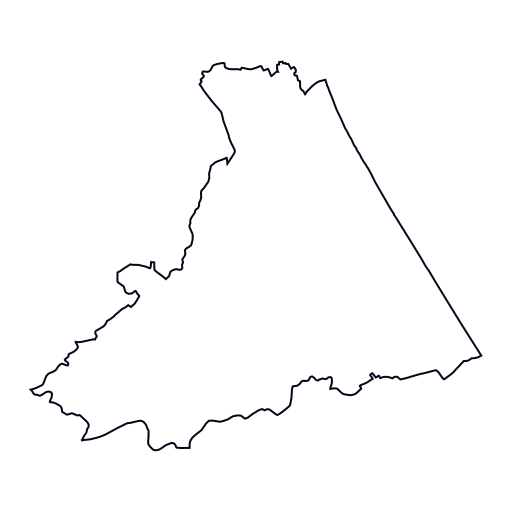 Thang Binh, Quàng Nam, Vietnam (Mercator projection)
{"feature_id": "81297802B72056692107631", "entity_name": "Thang Binh", "entity_type": "district", "adm_level": 2, "iso_a3": "VNM", "parent_name": "Vietnam", "parent_adm1": "Quàng Nam", "projection": "mercator", "projection_center": [108.347, 15.708], "detail": "fine", "context": "isolated", "style": "outline", "palette": "ink", "viewbox_px": 512, "rotation_deg": 0, "n_neighbors": 0, "source": "geoboundaries", "source_scale": "gbopen_adm2", "svg_char_len": 5926}
<svg xmlns="http://www.w3.org/2000/svg" viewBox="0 0 512 512"><path d="M199.6,84.4L201.1,86.3L204.2,91.2L211.5,100.7L220.7,111.4L221.6,113.1L223.6,121.5L228.6,135.1L229.3,138.4L231.2,143.0L234.4,149.3L234.8,150.4L234.9,151.5L234.1,153.6L227.4,163.7L226.7,157.8L226.4,157.8L225.2,158.5L216.7,161.7L215.0,162.6L210.7,166.2L210.6,168.0L209.1,173.4L209.3,177.6L208.5,181.2L207.9,182.3L203.8,188.2L201.4,190.8L201.1,191.8L201.0,193.3L201.2,197.6L200.2,200.8L199.2,202.5L199.1,204.9L198.6,207.0L197.8,208.4L195.8,209.6L195.2,210.7L194.7,212.7L190.8,218.6L190.2,221.5L190.4,223.2L189.4,225.6L189.5,226.8L190.3,229.1L192.1,232.9L192.7,234.7L192.6,239.8L191.4,244.5L190.8,245.5L188.8,247.0L186.5,248.3L185.3,249.6L185.0,250.2L185.3,254.0L185.1,255.0L184.4,256.4L182.5,259.0L182.4,259.8L183.0,262.6L182.0,264.9L182.3,267.2L182.2,268.3L181.9,268.8L180.9,269.6L179.1,269.8L176.7,269.2L175.8,269.2L172.9,270.1L171.5,270.9L170.6,271.6L170.1,272.6L169.4,275.2L168.9,276.3L165.8,279.1L163.1,276.7L156.5,271.8L155.1,270.6L154.4,269.5L154.2,262.4L151.2,262.0L150.7,266.6L150.1,268.2L149.6,268.2L145.7,266.6L138.3,264.9L132.1,264.8L130.5,264.3L123.8,268.5L120.5,270.9L117.5,272.5L117.4,279.2L117.5,281.3L117.9,282.3L123.5,286.3L124.0,287.3L125.2,291.3L126.2,292.7L128.6,293.8L131.7,293.5L135.3,290.9L135.7,291.0L137.1,293.4L139.2,295.8L139.1,296.5L134.8,303.6L131.0,306.9L130.4,306.7L128.4,305.2L128.1,305.2L125.6,307.3L122.1,309.0L115.1,315.0L113.4,316.9L109.2,319.8L107.1,320.9L105.7,323.8L103.9,326.1L95.9,330.9L95.3,331.8L95.4,333.7L96.6,335.7L96.8,336.4L95.3,338.7L95.0,339.5L93.5,339.3L81.4,341.9L79.3,342.1L78.4,342.2L75.7,341.8L75.7,342.4L77.5,345.6L77.9,347.0L77.5,348.2L75.8,350.1L73.7,351.8L68.8,354.1L68.6,354.3L68.5,356.2L68.2,356.8L65.7,358.7L65.1,359.3L64.8,359.8L65.3,360.7L67.5,362.3L68.1,363.1L68.3,363.9L67.9,365.3L67.1,365.5L62.1,363.7L60.6,364.2L59.0,365.6L57.7,367.1L56.6,369.1L55.1,370.6L52.6,372.0L49.6,373.1L47.8,374.3L46.1,376.4L43.8,382.4L42.9,384.3L41.9,385.2L36.4,387.9L33.1,389.0L30.7,389.6L31.9,390.8L33.2,393.0L34.1,394.2L34.9,394.6L37.0,394.7L39.5,395.7L40.3,395.6L41.6,395.0L46.2,392.0L47.6,391.7L49.0,391.7L50.9,392.1L52.0,393.7L52.0,394.6L51.6,397.3L49.9,401.2L49.8,401.8L50.0,402.2L53.3,402.5L56.5,403.8L59.9,405.8L60.9,406.7L61.7,408.5L62.1,411.8L66.7,414.6L67.9,414.5L71.1,413.4L71.8,413.3L72.8,413.5L76.5,415.2L78.5,415.4L79.7,415.0L86.5,421.3L87.4,422.3L88.6,424.5L88.8,425.1L88.4,427.2L87.0,429.3L86.6,431.9L86.2,432.9L83.4,437.0L82.4,439.6L81.4,440.7L83.1,440.1L90.2,439.3L96.2,437.9L100.1,436.7L105.3,434.6L118.1,427.7L126.6,423.5L127.5,423.2L130.2,422.9L137.5,421.2L140.6,420.7L142.8,421.5L143.9,422.2L146.1,424.9L147.4,428.6L148.6,430.8L148.5,437.0L148.1,441.4L148.3,443.9L148.7,444.8L149.9,446.5L152.6,449.2L153.7,449.9L156.0,450.3L158.9,449.7L161.0,448.5L165.9,445.1L171.3,443.0L173.0,443.1L174.3,443.7L175.3,444.9L176.4,447.5L176.7,447.7L181.5,448.0L189.6,447.9L189.6,444.3L190.1,441.6L190.6,440.4L192.2,437.9L195.7,434.6L201.4,430.2L205.9,423.7L207.6,421.9L209.0,420.8L211.4,420.6L214.1,420.8L220.1,421.8L223.6,420.9L227.8,419.4L232.9,416.3L236.9,415.5L238.7,415.4L240.5,415.6L241.4,415.9L244.4,418.4L245.5,418.6L247.8,417.6L252.3,414.2L256.6,411.5L259.1,410.1L261.8,409.1L262.8,409.3L264.3,410.3L264.8,410.3L267.0,409.2L269.1,409.4L270.2,410.0L275.0,413.7L276.6,414.7L277.7,414.9L278.5,414.5L281.1,412.8L285.7,409.2L289.4,406.0L290.1,405.1L291.4,398.2L292.0,389.6L292.4,387.1L292.8,386.4L293.9,386.1L297.1,385.8L299.9,383.8L301.4,381.6L302.5,381.0L303.2,380.8L306.4,381.0L308.3,380.4L308.8,379.9L310.0,377.4L310.8,376.8L312.1,376.4L313.9,377.6L316.1,380.0L318.1,380.5L318.5,380.4L319.2,379.4L320.3,379.3L322.2,378.5L325.6,379.1L326.7,378.8L328.0,377.6L329.1,377.2L331.0,377.2L331.8,378.5L331.9,379.5L331.9,382.9L330.3,388.1L330.3,389.0L333.7,388.3L336.6,388.5L337.5,388.9L341.0,392.4L343.0,393.8L344.2,394.3L347.0,394.7L350.2,395.2L351.4,395.1L354.6,394.3L356.1,393.4L360.9,389.0L361.2,388.5L361.0,387.8L359.9,386.3L359.9,385.7L360.4,385.3L365.6,383.2L368.0,381.9L370.3,380.2L372.6,379.0L372.6,378.4L370.2,375.1L370.6,374.2L371.8,373.4L372.4,373.3L372.6,373.4L375.8,377.5L378.8,375.7L379.0,375.8L380.3,378.2L380.5,378.2L382.6,377.2L384.8,376.8L387.1,376.9L389.8,377.4L392.3,378.3L392.7,378.3L394.1,377.0L395.4,376.7L396.7,376.8L397.7,377.1L400.2,379.3L400.7,379.4L405.5,378.3L420.5,373.9L422.6,373.6L435.7,370.2L436.7,370.6L439.1,373.0L442.0,377.4L443.5,379.0L444.4,379.2L452.4,373.2L463.8,361.0L466.2,361.1L468.9,360.2L471.6,358.3L473.8,358.2L477.5,357.5L481.3,355.6L460.7,323.1L436.3,283.3L429.2,271.3L425.4,265.9L421.8,259.4L412.9,244.9L395.2,216.4L394.1,215.0L393.9,213.8L393.4,213.3L389.4,206.8L375.1,182.0L371.8,175.2L368.0,168.2L366.9,166.8L366.2,165.2L364.1,162.4L361.2,157.5L360.2,155.2L356.6,149.7L356.5,148.9L356.1,147.9L354.2,145.5L351.3,139.1L349.2,135.8L347.0,131.3L345.1,128.2L340.8,118.3L336.5,109.5L332.2,98.0L329.1,90.5L328.4,88.2L327.2,85.7L325.4,79.8L319.9,81.1L318.0,81.9L315.3,83.6L312.1,86.2L307.1,91.3L306.4,92.1L305.5,94.0L305.1,94.3L303.2,90.9L301.6,89.9L300.4,88.0L300.1,86.7L300.0,81.3L299.8,81.0L298.4,80.6L298.0,80.3L297.1,76.4L296.8,75.7L295.1,75.5L294.7,75.2L294.2,73.5L294.6,72.8L295.5,72.4L295.9,70.4L295.7,69.5L295.1,68.7L294.0,67.1L293.2,67.3L291.1,68.7L288.2,63.9L286.1,64.0L285.5,63.0L283.5,63.3L283.0,63.3L282.6,61.7L279.2,62.1L279.1,64.5L277.1,64.8L277.1,69.6L278.0,71.8L277.1,71.7L276.0,72.1L271.5,76.1L271.2,76.0L268.3,69.2L267.8,68.9L263.8,70.5L263.5,70.4L261.4,66.4L261.0,66.1L260.2,66.1L255.9,67.9L251.5,69.2L249.8,69.3L247.8,69.0L241.9,67.7L241.6,67.8L240.7,69.6L240.3,69.8L238.8,69.3L237.1,69.2L230.6,69.2L227.9,68.7L225.5,67.5L224.9,66.8L224.4,63.2L222.8,63.0L217.6,63.9L213.6,65.2L212.6,66.2L210.9,69.4L210.3,70.3L209.3,71.2L208.2,71.7L207.2,71.8L204.1,71.5L203.2,71.5L202.7,71.7L202.3,72.3L202.2,73.6L203.8,75.8L203.8,76.6L202.9,77.5L201.2,79.0L200.7,79.8L200.7,80.1L201.6,81.5L199.6,84.4Z" fill="none" stroke="#020617" stroke-width="2"/></svg>